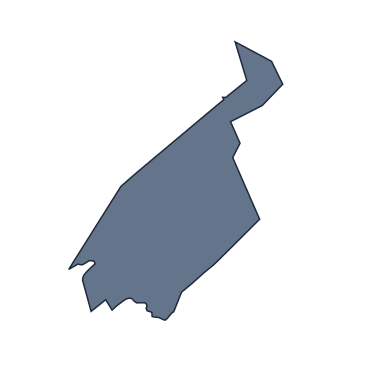 Lajes, Rio Grande do Norte, Brazil (Albers equal-area conic projection), rotated 28°
{"feature_id": "56859067B6017308644468", "entity_name": "Lajes", "entity_type": "district", "adm_level": 2, "iso_a3": "BRA", "parent_name": "Brazil", "parent_adm1": "Rio Grande do Norte", "projection": "albers", "projection_center": [-36.184, -5.667], "detail": "fine", "context": "isolated", "style": "filled", "palette": "slate", "viewbox_px": 384, "rotation_deg": 28, "n_neighbors": 0, "source": "geoboundaries", "source_scale": "gbopen_adm2", "svg_char_len": 1001}
<svg xmlns="http://www.w3.org/2000/svg" viewBox="0 0 384 384"><g transform="rotate(28 192 192)"><path d="M126.6,220.5L119.5,318.2L125.2,309.1L127.5,308.6L129.5,307.6L131.8,303.9L133.3,301.1L136.2,299.5L138.1,299.2L140.1,300.9L138.2,306.3L136.9,310.3L136.2,313.1L135.7,315.6L135.7,318.4L136.7,321.2L159.0,344.8L166.4,327.6L176.9,333.8L178.2,329.9L179.3,327.0L180.5,324.5L182.5,320.3L184.1,317.4L185.9,315.6L188.5,314.3L192.4,315.6L195.1,315.9L202.4,311.9L204.7,312.5L205.8,314.1L206.1,316.2L208.1,317.9L213.0,317.1L215.3,320.7L219.0,319.5L221.5,318.4L226.4,318.2L228.4,317.8L229.6,315.1L230.2,311.7L231.1,307.9L232.1,306.3L229.8,285.3L235.1,272.4L240.4,257.9L245.4,245.9L247.1,240.6L251.9,225.2L264.5,184.3L231.7,158.3L215.3,145.3L211.8,142.5L211.5,126.4L193.0,111.8L213.4,82.7L221.5,54.2L215.2,49.7L200.9,39.3L159.6,39.2L188.0,67.8L177.4,92.7L174.6,94.0L176.7,95.5L174.3,101.4L163.9,127.0L155.3,148.3L134.2,200.5L130.3,210.6L126.6,220.5Z" fill="#64748b" stroke="#1e293b" stroke-width="1.5"/></g></svg>